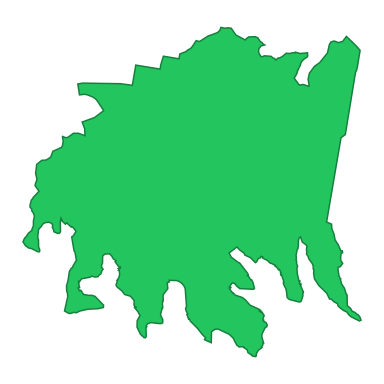 North Sydney, New South Wales, Australia (Mercator projection)
{"feature_id": "25037944B70017345976481", "entity_name": "North Sydney", "entity_type": "district", "adm_level": 2, "iso_a3": "AUS", "parent_name": "Australia", "parent_adm1": "New South Wales", "projection": "mercator", "projection_center": [151.213, -33.834], "detail": "fine", "context": "isolated", "style": "filled", "palette": "green", "viewbox_px": 384, "rotation_deg": 0, "n_neighbors": 0, "source": "geoboundaries", "source_scale": "gbopen_adm2", "svg_char_len": 5911}
<svg xmlns="http://www.w3.org/2000/svg" viewBox="0 0 384 384"><path d="M35.1,185.7L39.0,191.3L33.3,197.3L32.6,198.8L31.3,200.1L30.0,205.3L30.1,207.3L31.6,208.9L32.0,211.3L33.3,212.9L34.4,216.1L33.4,221.1L33.4,225.8L31.9,229.4L32.0,230.2L28.5,233.1L26.1,236.7L24.7,238.0L23.6,240.3L23.0,241.9L25.5,245.7L28.7,248.0L31.9,248.7L37.9,251.8L39.5,251.8L39.8,249.9L38.6,246.9L38.5,240.0L37.7,237.3L38.5,230.3L38.9,229.0L41.5,226.2L42.6,224.2L45.3,222.6L49.2,222.2L51.7,223.5L52.7,225.0L52.3,227.2L53.7,230.2L53.8,231.7L57.3,233.3L59.3,233.4L60.5,231.7L60.3,221.9L61.0,218.2L61.9,219.8L61.6,220.6L65.4,224.2L66.7,222.9L71.1,227.0L71.5,226.6L73.2,227.6L75.7,230.8L75.7,231.8L73.3,235.8L71.7,236.9L74.0,250.7L75.0,252.3L76.3,259.7L76.6,259.9L73.1,265.7L72.4,267.7L71.3,268.1L69.4,271.4L68.1,280.1L66.5,286.0L66.7,291.6L67.4,292.5L67.7,296.8L64.5,311.0L68.7,313.3L70.5,313.5L73.8,312.4L76.6,312.7L79.6,311.1L88.1,309.2L98.1,308.7L103.4,307.5L103.6,305.2L95.0,296.3L91.7,295.3L88.9,295.4L83.5,294.4L81.0,290.5L80.1,290.8L80.0,290.5L80.7,290.0L79.2,290.5L78.2,287.9L79.6,287.6L78.8,284.2L79.1,283.0L78.5,282.8L78.8,281.1L79.8,281.3L81.6,278.8L90.1,277.2L91.4,276.2L95.4,277.1L98.2,276.6L98.7,275.5L101.0,273.7L102.0,270.4L103.1,269.3L101.5,267.0L101.7,264.8L102.5,263.2L102.7,255.9L104.9,254.1L109.5,253.8L112.0,256.4L113.3,258.9L116.0,260.6L115.1,261.7L119.0,267.2L120.2,266.8L120.4,268.0L118.6,268.6L119.5,269.0L118.6,270.1L119.1,270.1L119.7,274.0L118.9,277.5L117.1,280.2L117.5,280.2L116.0,285.1L117.0,286.9L122.1,291.1L124.6,294.5L130.4,296.2L134.2,300.6L134.0,304.9L134.8,306.8L135.7,306.7L136.1,307.6L134.7,307.8L137.7,311.4L140.0,315.5L137.2,320.6L137.0,327.1L140.4,334.2L144.2,337.7L145.4,337.8L146.2,336.6L146.0,327.8L146.8,326.8L146.2,326.4L146.4,325.4L147.6,323.7L151.2,322.6L159.2,323.6L161.7,323.5L162.7,322.8L162.8,319.8L160.5,314.8L162.1,308.3L162.5,308.4L162.8,307.2L162.4,304.1L162.7,301.0L163.2,301.0L163.1,294.9L167.8,288.6L167.3,282.8L169.4,281.9L169.2,280.3L177.0,280.6L180.1,282.0L182.4,284.0L183.9,285.8L185.2,288.7L186.5,306.2L185.6,308.6L186.1,310.8L187.7,314.1L186.9,314.5L188.6,319.2L189.4,318.9L190.3,321.1L197.0,327.8L202.6,334.8L205.6,337.7L204.5,339.7L211.3,342.7L211.5,331.7L214.8,329.4L217.9,329.0L229.1,334.2L233.1,338.0L236.7,345.0L239.1,347.0L242.0,346.7L244.0,347.2L243.8,347.6L247.1,349.7L247.9,352.5L249.3,353.6L251.6,354.8L251.5,355.3L252.6,356.1L255.6,356.6L256.1,356.2L256.5,353.4L258.3,350.4L262.0,347.5L261.5,346.9L262.8,345.2L263.0,343.1L263.6,343.1L261.8,336.6L262.0,334.2L264.6,328.7L265.6,327.2L266.7,326.9L267.3,325.3L266.1,322.6L263.9,321.5L263.8,320.3L263.2,320.5L263.0,318.3L263.9,316.6L263.8,315.5L264.7,315.1L263.7,315.2L262.3,312.3L261.9,312.0L261.5,312.5L260.4,311.6L260.7,310.7L260.1,310.9L260.6,310.2L260.0,310.6L259.0,309.9L259.4,309.4L250.1,305.2L245.5,300.0L242.4,297.5L235.1,295.1L233.4,293.0L232.9,293.4L229.4,288.5L230.7,287.9L230.9,287.4L229.4,287.1L231.8,283.4L232.7,282.9L234.7,283.5L236.7,286.1L239.8,288.6L253.6,289.3L254.5,288.3L252.9,282.3L251.6,279.8L250.5,279.7L249.4,277.5L247.5,275.5L248.4,275.2L247.7,273.4L239.5,262.8L238.5,262.6L231.3,257.2L229.1,253.0L236.9,247.0L239.6,249.9L244.1,253.2L244.9,255.1L250.5,257.7L255.3,262.6L256.6,261.9L258.3,258.6L260.7,257.7L260.8,256.5L261.4,256.5L262.7,256.8L262.7,258.1L267.5,260.5L270.2,263.2L271.0,263.2L275.4,265.4L275.0,266.0L277.1,267.6L278.6,269.9L279.4,269.5L281.0,272.8L280.5,273.0L280.9,275.1L281.5,274.9L283.3,279.9L283.8,282.5L283.3,282.8L283.7,284.5L286.2,289.6L287.2,297.6L289.3,299.5L299.5,302.1L301.0,301.4L301.8,299.5L302.9,295.9L302.9,292.5L303.4,292.5L303.4,292.0L300.2,284.8L301.1,284.7L300.7,283.4L299.6,283.4L299.2,281.3L299.9,281.2L299.8,280.8L298.9,280.7L297.4,274.1L296.9,268.2L297.6,266.3L296.5,263.2L296.7,261.6L296.1,260.3L296.4,259.1L296.1,255.4L297.0,250.1L297.9,248.6L298.4,245.4L298.4,241.0L299.0,238.2L300.5,236.9L302.3,242.1L306.2,245.0L307.0,246.2L306.4,249.2L306.8,251.8L306.5,254.0L308.2,256.7L308.7,258.7L312.1,263.4L313.1,265.6L313.3,269.3L313.9,270.0L313.6,273.4L314.5,278.9L318.8,285.5L326.8,293.3L329.5,299.0L331.5,299.2L333.7,301.6L337.4,303.6L338.1,306.0L340.7,308.4L343.6,310.5L346.8,312.0L348.6,314.6L350.9,316.7L359.5,321.0L361.0,320.2L359.9,317.0L357.9,314.5L357.2,314.5L355.0,312.4L352.4,311.4L350.3,308.1L347.3,305.7L347.1,295.2L346.0,293.3L344.4,288.1L341.7,284.1L340.3,279.1L340.6,278.9L340.2,278.7L338.9,275.3L337.9,268.9L338.2,267.3L340.4,266.6L342.7,263.4L340.9,260.7L340.6,257.6L341.2,252.9L342.6,252.8L342.3,250.8L340.9,250.9L338.2,244.7L335.1,239.9L333.9,233.8L331.9,229.0L331.5,224.1L326.6,222.0L341.0,137.8L345.3,134.6L354.8,76.7L355.7,71.7L356.5,70.7L357.4,66.7L360.1,50.4L356.3,46.0L346.4,36.4L342.7,41.4L338.4,42.6L334.1,41.0L330.9,42.0L329.4,44.5L327.5,52.9L319.7,62.6L314.5,66.3L309.4,73.2L308.1,79.1L309.2,86.0L308.4,86.2L303.2,84.5L299.3,85.1L294.2,78.2L296.9,73.6L297.7,70.2L298.5,69.6L298.6,68.3L300.3,65.5L300.9,63.0L301.8,61.4L304.6,58.6L306.9,57.3L307.7,56.1L307.5,52.8L300.0,53.5L295.3,52.1L295.1,52.8L292.2,52.8L289.8,53.5L286.3,53.2L282.6,56.3L280.0,57.8L278.1,58.0L275.9,60.0L274.5,58.4L273.2,58.1L271.0,56.3L264.4,55.8L262.3,56.7L260.7,56.3L258.6,52.4L258.8,48.9L261.0,46.0L264.7,44.9L262.9,43.9L261.7,42.2L260.6,42.0L257.7,37.7L255.3,36.7L248.8,36.9L246.6,38.4L245.3,40.0L235.9,35.0L231.2,28.2L228.0,27.8L224.7,28.2L220.9,27.4L219.9,30.3L217.5,32.6L208.0,36.1L200.2,41.1L199.1,41.5L196.2,40.6L192.2,46.7L190.5,48.5L187.6,50.1L185.9,51.6L179.8,54.0L179.0,58.8L163.4,56.2L160.8,64.7L160.1,69.1L135.8,65.1L132.3,85.3L120.4,83.7L82.7,83.1L77.8,84.0L79.5,94.9L84.2,94.3L87.0,94.7L92.8,97.0L95.1,98.5L96.9,100.4L103.7,110.6L94.6,117.5L82.2,122.0L84.7,128.8L85.0,135.7L78.5,133.3L73.4,133.3L68.0,137.3L65.6,137.7L62.7,136.4L62.4,137.1L63.2,140.5L62.6,145.1L61.7,147.3L52.9,151.3L50.6,157.3L45.9,160.1L41.8,160.3L36.7,164.4L35.6,173.5L36.9,178.7L36.5,181.3L35.6,182.8L35.1,185.7Z" fill="#22c55e" stroke="#15803d" stroke-width="1.5"/></svg>